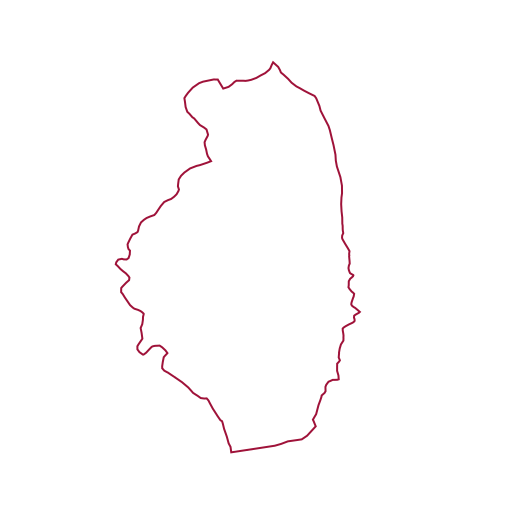 Bois D'Inde, Anse-la-Raye, Saint Lucia (orthographic projection), rotated 47°
{"feature_id": "8701671B8158625953395", "entity_name": "Bois D'Inde", "entity_type": "district", "adm_level": 2, "iso_a3": "LCA", "parent_name": "Saint Lucia", "parent_adm1": "Anse-la-Raye", "projection": "orthographic", "projection_center": [-61.009, 13.942], "detail": "fine", "context": "isolated", "style": "outline", "palette": "rose", "viewbox_px": 512, "rotation_deg": 47, "n_neighbors": 0, "source": "geoboundaries", "source_scale": "gbopen_adm2", "svg_char_len": 4332}
<svg xmlns="http://www.w3.org/2000/svg" viewBox="0 0 512 512"><g transform="rotate(47 256 256)"><path d="M187.5,376.4L188.7,377.6L190.5,379.3L192.9,379.4L196.8,380.2L204.7,381.4L206.1,381.6L209.7,381.3L211.6,380.9L215.0,379.0L217.5,378.0L219.6,377.6L221.3,377.5L221.8,377.6L223.5,380.2L225.6,382.3L228.3,385.7L230.0,389.5L234.2,392.1L239.0,395.5L240.5,402.2L241.1,404.3L243.4,406.4L246.8,406.8L250.9,406.0L251.2,405.8L251.5,405.0L251.8,402.3L251.5,398.1L251.3,394.5L251.4,393.8L251.7,393.0L252.7,391.3L255.8,387.6L256.6,387.4L258.8,386.9L263.2,386.6L266.6,387.0L266.7,387.7L266.9,390.9L267.1,392.5L269.9,396.4L272.0,399.0L272.6,399.8L273.1,400.2L274.2,401.2L275.0,401.2L277.3,401.3L280.3,400.3L281.0,400.0L283.6,399.4L292.7,397.3L296.4,396.5L297.7,396.2L305.9,395.2L311.0,395.3L313.1,395.4L316.0,394.7L318.2,394.1L318.6,394.0L322.2,393.3L324.3,391.6L325.1,390.9L326.5,389.2L327.4,389.2L329.3,389.3L331.7,390.0L332.8,390.3L338.2,391.7L344.9,392.9L346.4,393.2L349.7,393.7L351.8,394.0L353.7,393.5L355.8,394.5L356.9,395.1L359.0,396.3L360.6,397.2L366.3,399.7L368.1,400.5L368.9,400.9L374.4,403.8L378.2,404.8L382.7,408.0L395.8,388.9L403.3,377.9L407.6,371.6L410.6,365.7L413.3,359.1L418.4,351.8L421.3,347.6L422.3,341.2L421.3,328.5L420.3,328.1L417.9,327.2L416.4,326.6L414.5,326.0L413.5,322.7L412.7,319.9L407.7,312.0L405.4,307.4L403.7,304.3L402.8,303.1L402.8,302.2L402.9,299.3L402.3,297.3L401.7,296.8L399.1,294.5L398.1,292.5L397.7,290.4L397.4,288.7L397.9,287.4L398.9,284.4L401.7,281.3L402.0,280.9L402.6,279.6L399.6,277.2L395.3,275.0L392.2,272.1L391.0,270.9L390.1,270.1L389.9,267.2L389.5,265.8L386.6,264.7L384.7,262.6L383.9,261.7L383.3,261.2L381.0,258.2L380.4,257.3L379.9,256.4L378.6,254.2L378.0,251.8L377.5,249.8L376.9,249.2L376.3,248.6L375.9,248.2L375.4,247.8L374.2,246.6L373.8,246.2L373.4,245.9L372.0,244.9L369.7,243.4L368.2,242.1L368.1,240.8L368.2,240.0L368.5,238.3L369.0,236.3L369.5,234.4L370.3,232.0L370.7,230.7L370.9,228.6L370.5,228.0L370.3,227.7L370.0,227.5L369.2,226.9L368.6,226.7L367.8,226.3L366.6,224.9L366.8,223.1L367.7,219.5L367.7,218.2L364.7,218.5L361.5,218.9L359.9,219.4L357.9,219.7L356.5,219.4L355.7,218.6L354.8,217.2L353.2,214.2L353.0,213.9L352.3,212.3L350.6,210.0L349.7,210.0L349.3,210.0L348.4,210.1L347.3,210.3L344.0,210.1L341.9,209.7L340.7,208.2L340.4,207.9L338.6,206.2L337.7,205.3L337.2,203.7L336.9,202.8L336.9,202.0L337.0,200.8L337.0,199.9L337.0,198.9L336.5,197.9L336.0,197.9L335.5,198.1L334.9,198.3L333.2,198.8L332.7,198.9L331.2,198.4L330.4,198.0L329.8,197.8L327.9,196.6L326.5,194.8L326.1,194.1L325.5,192.7L323.6,191.1L321.4,189.4L319.5,187.9L319.2,187.3L318.1,186.6L316.2,184.3L312.9,183.5L307.9,182.5L302.7,181.3L301.4,180.7L299.8,179.0L298.8,176.6L296.5,175.1L295.4,174.2L293.1,172.1L292.1,171.4L291.3,170.9L286.7,166.7L281.6,162.9L276.1,158.3L271.5,153.6L268.8,150.3L263.2,145.2L255.9,140.5L245.7,135.8L240.7,132.6L236.1,128.8L227.8,123.7L221.8,120.4L214.4,116.2L210.3,114.3L202.0,112.0L193.7,109.6L189.5,107.3L181.7,104.4L178.9,104.0L176.6,104.9L172.9,106.3L167.8,108.1L163.2,109.5L159.5,110.8L153.5,111.8L148.4,111.7L142.0,112.2L139.2,112.6L138.4,112.5L136.4,111.7L132.8,110.8L126.0,111.4L127.0,114.2L128.5,117.5L128.8,119.4L128.5,124.6L127.1,129.5L126.0,134.3L123.9,139.3L122.2,142.2L120.8,144.2L118.8,146.1L114.5,150.7L114.0,153.0L114.1,156.4L113.6,160.7L112.2,163.7L111.2,165.8L101.2,163.7L100.9,163.6L98.0,166.6L92.4,175.8L90.8,179.7L89.7,187.4L90.3,194.3L91.0,198.1L91.7,200.7L94.8,202.8L99.1,205.9L103.7,207.9L106.6,207.7L111.1,207.9L113.2,207.4L119.1,207.7L122.0,207.7L126.6,206.4L129.7,205.9L134.5,208.3L135.2,209.4L136.7,213.8L137.7,216.0L140.2,217.9L144.2,219.9L147.8,222.1L150.3,223.2L154.0,223.8L156.0,224.2L154.4,228.2L151.3,235.0L149.6,238.0L147.0,244.5L146.1,251.4L146.2,256.0L147.3,260.3L150.2,263.8L151.8,265.6L154.8,267.0L155.6,268.5L156.7,272.0L156.8,275.5L156.4,279.2L155.1,282.3L153.9,286.3L154.5,291.5L155.6,296.3L156.4,299.5L156.7,302.4L154.9,306.5L153.6,310.1L153.1,313.3L153.0,317.2L154.6,321.4L157.1,325.0L157.7,326.4L157.1,329.1L156.1,331.8L157.5,336.1L159.2,340.5L159.9,342.0L162.1,343.6L164.0,344.5L166.1,344.5L168.8,347.3L170.6,350.6L170.3,353.0L168.3,355.0L166.6,356.0L164.7,359.2L165.3,362.5L166.4,364.2L169.1,364.0L173.0,364.0L176.5,363.6L179.9,363.0L183.7,363.0L185.5,363.3L187.1,365.3L187.0,369.2L187.3,374.7L187.5,376.4Z" fill="none" stroke="#9f1239" stroke-width="2"/></g></svg>